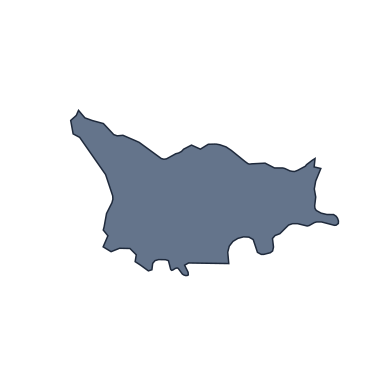 Málaga, Albers equal-area conic projection, rotated 212°
{"feature_id": "ESP-5834", "entity_name": "Málaga", "entity_type": "Autonomous Community", "adm_level": 1, "iso_a3": "ESP", "parent_name": "Spain", "parent_adm1": "", "projection": "albers", "projection_center": [-4.853, 36.787], "detail": "fine", "context": "isolated", "style": "filled", "palette": "slate", "viewbox_px": 384, "rotation_deg": 212, "n_neighbors": 0, "source": "natural_earth", "source_scale": "10m", "svg_char_len": 1650}
<svg xmlns="http://www.w3.org/2000/svg" viewBox="0 0 384 384"><g transform="rotate(212 192 192)"><path d="M331.5,201.1L327.5,199.8L322.1,198.1L314.3,199.8L303.4,203.1L288.8,199.2L285.2,200.0L280.6,203.5L267.4,205.5L263.1,206.1L235.8,204.1L233.2,204.9L231.2,206.6L227.0,214.1L226.1,215.8L224.0,218.0L222.4,220.8L221.8,223.9L217.3,231.5L207.6,232.8L203.5,241.1L198.2,244.6L196.7,245.5L193.5,246.8L187.0,248.3L180.6,248.1L162.8,245.9L159.4,245.7L157.9,246.2L156.2,247.6L145.3,255.2L134.8,256.1L127.7,260.5L125.8,261.1L120.2,261.8L117.8,262.7L115.8,263.8L113.8,266.5L109.5,274.0L109.4,275.8L106.8,282.7L105.4,285.6L101.7,278.0L95.2,280.2L92.9,266.8L89.9,259.4L84.4,253.3L80.7,245.4L79.1,243.3L76.8,242.2L71.3,242.5L65.7,244.4L60.0,247.9L56.8,247.8L54.6,246.8L52.4,245.0L51.2,242.8L52.2,240.2L53.6,239.2L66.4,235.2L70.4,232.7L72.0,230.9L74.9,225.6L76.3,224.2L85.7,221.1L90.0,218.4L92.6,215.1L95.4,203.2L98.5,199.1L99.1,195.2L93.7,188.5L92.4,184.7L93.4,182.0L98.0,177.2L100.2,175.8L104.5,175.5L114.9,184.1L119.8,183.9L124.5,181.3L128.5,177.0L131.1,171.8L131.7,165.8L129.8,159.9L122.9,150.8L157.3,130.0L159.5,126.0L152.8,121.9L151.2,119.7L151.5,119.1L151.9,118.6L153.0,117.8L154.8,117.3L156.7,117.3L163.2,119.9L164.4,119.7L165.7,118.3L166.9,115.7L167.7,114.8L169.0,115.0L175.6,121.3L178.5,120.6L184.5,117.0L187.0,114.2L187.5,110.6L184.8,104.8L187.2,102.0L197.3,102.7L203.3,102.8L206.0,109.2L214.7,111.2L223.6,105.9L229.0,98.5L238.3,98.4L240.1,110.3L247.1,112.7L248.0,115.7L253.1,128.5L254.2,140.5L255.3,144.0L257.2,146.7L274.5,161.0L316.2,178.8L323.6,178.3L332.8,188.4L330.7,195.6L331.5,201.1Z" fill="#64748b" stroke="#1e293b" stroke-width="1.5"/></g></svg>